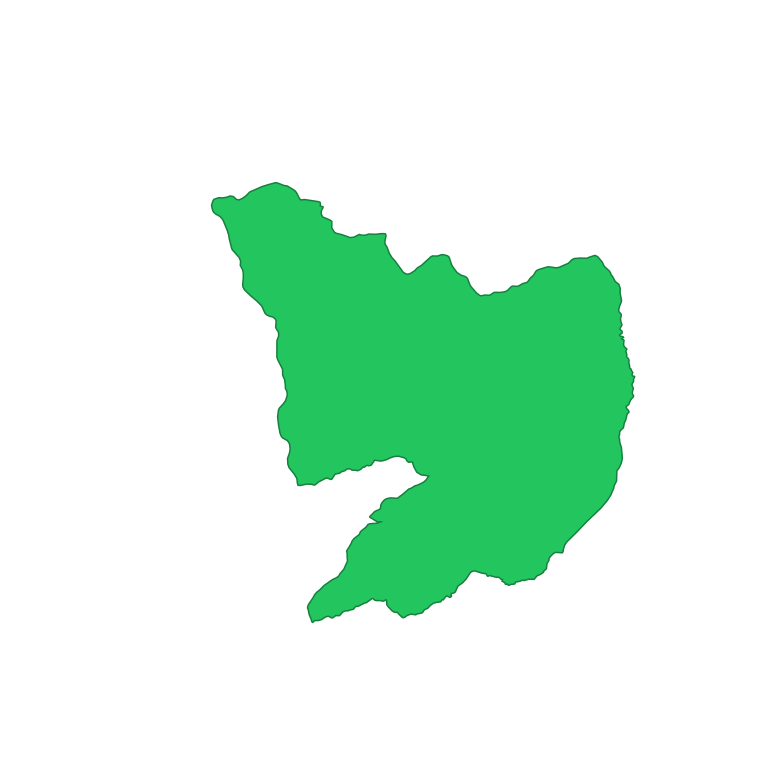 Aratoca, Santander, Colombia (Albers equal-area conic projection), rotated 308°
{"feature_id": "7082276B70288083001558", "entity_name": "Aratoca", "entity_type": "district", "adm_level": 2, "iso_a3": "COL", "parent_name": "Colombia", "parent_adm1": "Santander", "projection": "albers", "projection_center": [-73.027, 6.735], "detail": "fine", "context": "isolated", "style": "filled", "palette": "green", "viewbox_px": 768, "rotation_deg": 308, "n_neighbors": 0, "source": "geoboundaries", "source_scale": "gbopen_adm2", "svg_char_len": 6171}
<svg xmlns="http://www.w3.org/2000/svg" viewBox="0 0 768 768"><g transform="rotate(308 384 384)"><path d="M429.0,139.0L424.8,136.3L422.8,136.5L418.6,138.1L416.1,141.0L414.5,143.8L414.3,146.5L415.0,151.4L414.6,154.4L413.8,156.7L408.8,165.5L405.8,169.9L402.9,173.0L397.2,180.3L396.4,181.8L394.5,192.0L392.6,195.3L388.9,197.8L387.2,201.8L385.4,204.2L381.3,207.6L375.1,211.6L373.6,213.2L372.3,216.1L371.4,224.5L371.1,232.6L370.2,239.6L366.5,246.6L366.2,249.0L367.1,252.7L368.3,254.8L368.4,258.0L367.4,260.1L361.9,263.8L360.8,266.1L360.3,268.1L359.1,269.7L356.8,271.5L352.3,272.9L339.4,282.9L337.8,285.1L333.2,294.9L328.5,298.8L326.3,302.9L322.3,307.0L319.8,309.0L318.5,311.9L316.5,314.0L314.5,315.2L310.1,316.7L305.6,316.8L300.7,316.4L298.5,316.9L292.7,320.3L286.3,326.6L281.1,332.5L279.5,335.3L279.1,337.4L279.9,342.5L279.3,344.9L278.3,346.8L274.9,350.1L271.4,352.0L266.0,353.8L261.6,357.6L259.6,360.7L257.8,368.6L256.2,372.7L255.2,374.3L252.6,376.7L251.2,378.7L252.7,380.7L257.4,384.6L258.5,386.0L260.7,389.2L261.1,390.8L262.0,391.8L266.6,392.8L274.2,396.3L275.1,397.5L275.9,400.7L277.0,401.5L282.6,401.0L284.9,402.5L285.9,403.7L289.1,404.8L291.6,406.6L294.2,407.1L296.1,409.3L296.5,412.0L298.4,414.5L299.4,416.6L302.5,418.3L305.3,418.5L306.4,419.8L307.9,420.0L309.6,420.9L310.1,422.3L312.2,423.9L318.2,423.6L321.0,428.5L322.4,430.0L325.8,432.5L329.3,434.2L332.6,436.3L334.4,438.0L336.0,439.8L338.4,445.6L338.5,447.4L337.6,449.2L337.4,451.5L339.7,453.8L339.7,454.8L337.1,458.5L334.7,464.0L335.2,469.1L337.7,473.3L338.9,476.0L334.7,476.2L332.2,475.9L329.9,475.2L325.0,472.7L322.9,471.1L318.5,469.5L316.5,468.2L308.4,466.6L302.1,464.8L298.2,459.2L296.4,457.5L294.3,456.2L292.2,455.6L289.1,455.5L286.6,456.0L285.2,457.0L283.1,457.9L277.9,455.2L270.9,454.4L270.3,454.9L271.2,463.2L271.8,464.7L273.1,465.7L273.4,466.3L270.1,464.3L265.3,459.0L263.6,457.9L259.8,457.9L253.3,456.3L250.3,457.2L243.6,455.5L240.2,455.6L238.3,456.3L229.4,457.4L227.0,460.0L225.9,460.7L222.0,464.2L213.2,466.4L207.0,466.1L205.4,466.6L202.3,465.9L197.9,463.7L188.2,460.8L182.8,460.2L178.3,459.2L175.1,459.1L171.8,459.7L164.0,460.2L161.9,460.8L160.4,461.6L159.6,463.1L156.4,466.8L153.5,471.9L152.2,473.3L152.3,474.7L154.8,475.0L157.5,478.2L158.8,478.8L159.5,479.7L164.5,481.4L166.3,482.7L166.8,483.4L167.4,486.5L168.0,487.5L171.8,488.6L174.1,491.6L178.8,491.9L181.1,492.9L183.1,495.3L184.3,495.9L187.7,498.6L191.2,498.6L192.9,500.5L199.7,503.7L200.9,504.8L207.4,506.6L208.1,507.3L208.0,510.1L208.8,511.6L210.8,514.0L212.1,516.7L212.9,517.5L215.1,518.3L215.2,519.0L211.8,522.1L211.0,524.6L210.2,530.4L210.3,531.8L211.1,533.7L212.1,534.8L212.2,535.7L211.8,537.0L211.3,542.3L211.7,543.1L212.9,543.9L215.9,544.8L218.1,546.1L219.5,547.4L221.7,551.2L222.7,551.3L226.8,554.8L228.3,555.1L230.9,554.8L234.1,556.5L237.7,556.8L241.4,557.8L244.2,559.8L247.1,562.7L249.4,562.7L250.2,563.0L250.4,563.6L255.1,563.6L255.9,564.4L256.3,567.1L256.9,567.7L258.6,567.7L259.0,566.8L259.8,566.2L261.0,566.5L262.8,568.0L264.1,568.2L270.2,566.7L276.0,568.4L280.8,568.8L288.3,568.2L289.9,568.5L291.5,569.6L292.7,570.7L295.2,577.6L297.3,581.2L296.3,583.8L296.8,584.5L297.9,584.9L300.9,591.6L302.2,593.2L302.5,594.6L302.1,595.9L302.9,597.6L302.7,598.1L301.3,598.3L301.8,601.3L301.0,602.9L301.3,603.7L302.3,604.2L302.0,605.7L302.3,606.4L304.4,607.5L306.6,609.9L307.2,610.2L308.2,609.7L309.0,609.8L312.3,612.6L314.5,613.7L315.2,615.2L319.4,618.4L322.5,622.6L327.0,622.7L330.3,624.5L333.8,625.6L335.4,625.1L338.3,625.8L342.9,623.0L345.8,622.7L346.9,622.4L348.0,621.5L350.4,621.3L354.5,621.8L356.9,622.8L360.7,628.4L362.0,628.4L364.9,626.8L368.6,625.5L372.4,625.3L386.1,627.1L400.5,628.5L419.5,631.3L429.5,631.7L436.2,631.1L443.2,629.2L445.6,628.0L450.7,627.0L458.9,621.0L462.3,620.9L464.8,620.5L467.7,619.7L471.0,618.2L472.4,617.4L480.2,610.1L483.1,605.8L485.7,603.5L486.6,601.8L489.1,600.8L491.3,599.3L492.9,599.0L496.9,599.6L501.4,597.3L504.4,596.7L509.3,594.4L510.4,594.1L512.2,594.5L513.1,594.0L513.9,592.1L514.0,590.3L515.2,588.7L518.5,589.5L522.6,588.3L524.8,588.1L526.8,588.5L528.3,588.0L529.2,585.8L530.4,584.7L534.1,583.2L535.7,580.2L536.5,579.6L539.9,579.0L541.2,577.8L544.0,577.1L544.2,576.5L543.5,575.5L543.5,574.6L544.2,573.6L546.2,573.0L546.9,570.7L547.8,569.6L547.9,567.7L549.7,566.2L551.6,563.7L553.5,562.6L554.4,561.1L554.8,558.4L556.5,557.4L558.6,554.6L559.3,554.1L560.8,554.0L561.1,553.6L561.2,551.2L561.9,549.3L562.8,548.3L566.0,546.4L566.3,545.7L565.9,543.5L568.2,544.0L568.4,543.0L567.2,540.8L567.4,539.7L568.1,539.5L570.4,540.4L572.0,539.4L572.4,536.3L573.1,535.7L576.8,535.3L577.4,534.8L578.8,532.5L581.1,530.1L584.2,528.8L585.0,527.9L585.7,524.5L586.4,523.6L590.4,521.7L594.6,520.5L596.0,519.8L601.2,513.9L604.7,511.4L607.2,507.6L607.1,503.3L609.5,497.7L610.0,495.6L611.0,494.2L611.8,492.0L612.3,485.2L614.5,480.7L615.8,474.5L615.6,472.2L614.9,470.8L609.7,467.3L608.3,466.8L603.8,460.8L599.9,456.6L597.3,455.5L592.7,455.0L583.7,450.1L581.6,448.3L578.2,442.3L576.8,440.6L570.0,435.8L567.9,434.6L566.2,434.3L561.4,434.9L557.9,434.1L552.8,434.3L551.5,433.7L548.4,431.4L544.1,429.7L542.8,428.7L540.5,425.2L539.3,424.4L533.8,423.7L531.3,422.7L527.8,419.3L524.1,414.4L519.1,412.7L516.2,408.7L513.2,406.2L512.7,404.8L512.7,400.6L514.2,393.1L514.7,391.3L518.4,385.1L518.8,383.6L518.7,381.9L517.2,377.5L516.8,373.0L518.8,365.6L519.8,363.5L523.5,358.1L524.2,356.5L524.1,355.0L522.5,351.2L521.3,349.7L517.7,347.3L514.7,343.3L513.1,342.6L500.6,340.5L496.1,338.8L492.0,338.4L487.3,336.7L485.3,335.2L484.3,333.7L483.9,330.3L487.7,317.1L488.5,312.5L490.2,307.8L493.7,302.2L494.9,298.8L496.6,297.1L502.3,294.2L503.2,292.6L501.3,289.8L496.8,285.2L492.8,279.7L489.6,277.5L487.5,274.7L486.6,272.4L481.2,269.9L478.5,267.1L475.9,259.2L473.3,253.4L473.1,251.3L474.9,246.7L480.0,242.8L479.9,240.1L477.9,233.1L478.8,230.6L480.9,228.6L483.1,227.7L485.5,227.4L486.1,226.7L485.0,224.2L487.2,222.7L487.8,221.7L487.3,220.0L480.5,207.9L477.8,205.1L478.3,202.8L481.0,197.1L481.5,194.5L480.5,185.9L478.8,182.8L476.9,176.5L476.0,174.7L470.6,170.6L464.4,166.3L452.7,160.0L447.5,159.4L443.2,158.2L439.7,156.4L438.6,153.8L439.0,149.9L437.4,147.0L434.8,145.4L431.6,142.6L429.0,139.0Z" fill="#22c55e" stroke="#15803d" stroke-width="1.5"/></g></svg>